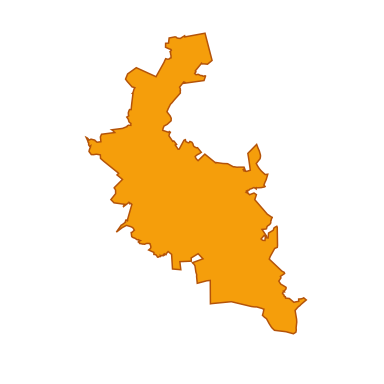 Comitán de Domínguez, Chiapas, Mexico, rotated 171°
{"feature_id": "50627088B76182298000457", "entity_name": "Comitán de Domínguez", "entity_type": "district", "adm_level": 2, "iso_a3": "MEX", "parent_name": "Mexico", "parent_adm1": "Chiapas", "projection": "mercator", "projection_center": [-92.173, 16.291], "detail": "fine", "context": "isolated", "style": "filled", "palette": "amber", "viewbox_px": 384, "rotation_deg": 171, "n_neighbors": 0, "source": "geoboundaries", "source_scale": "gbopen_adm2", "svg_char_len": 6018}
<svg xmlns="http://www.w3.org/2000/svg" viewBox="0 0 384 384"><g transform="rotate(171 192 192)"><path d="M288.0,262.5L287.0,259.0L286.8,257.3L286.4,256.9L286.7,254.7L286.0,253.2L285.7,253.2L284.8,253.6L285.3,252.2L285.5,252.1L285.7,251.6L286.9,249.5L287.4,248.1L285.6,244.7L283.4,244.3L280.5,244.3L276.7,243.0L277.1,239.5L274.3,236.1L261.9,222.4L261.6,221.8L263.4,220.6L258.7,215.3L268.2,208.4L268.2,208.1L267.4,206.6L267.2,205.8L267.7,202.3L273.3,197.2L270.7,193.5L260.2,190.3L262.0,188.7L261.9,188.3L256.8,191.1L255.7,191.1L255.7,191.5L255.2,191.2L255.2,190.0L254.0,190.1L253.3,189.2L258.3,178.5L260.3,174.1L260.1,173.8L260.2,173.7L260.7,174.6L261.2,174.3L261.9,174.5L262.0,174.0L262.5,173.3L262.4,172.6L266.4,170.5L267.0,170.4L273.0,164.2L266.5,167.7L262.0,169.3L258.0,167.4L256.9,166.7L255.8,165.6L254.9,163.3L255.3,163.1L257.4,161.6L258.4,161.5L258.5,158.6L258.5,157.4L258.1,156.9L257.1,156.0L256.5,155.8L255.5,155.2L253.9,153.6L253.3,153.3L252.2,153.3L251.8,152.7L250.7,152.1L252.6,151.5L252.5,151.1L252.7,150.9L251.9,150.3L251.9,149.6L251.6,149.2L250.9,149.1L249.0,148.3L247.9,148.1L246.9,147.8L245.4,148.3L244.5,148.2L243.8,148.2L243.2,148.0L242.3,147.9L241.7,147.6L241.4,147.1L241.6,146.8L241.4,146.4L241.2,144.7L241.4,143.4L242.1,142.6L243.9,141.5L239.1,138.3L239.4,136.3L238.2,136.0L237.4,135.5L236.8,134.5L236.3,133.2L236.1,133.0L235.6,132.9L235.0,133.2L234.2,133.3L233.4,133.2L233.3,133.8L233.2,133.6L232.7,133.7L232.8,134.0L232.5,134.1L232.3,134.0L230.3,133.7L230.3,133.9L230.0,134.2L230.0,134.7L229.9,134.8L229.7,134.7L229.2,135.0L229.2,134.4L228.8,134.4L229.1,134.0L228.5,134.2L228.3,133.7L228.3,133.8L228.4,134.3L227.9,134.5L227.9,134.8L227.6,134.8L227.3,134.4L226.5,135.6L224.9,136.9L221.9,133.6L223.3,119.0L215.2,117.0L214.9,125.1L203.5,123.8L203.1,127.0L195.6,130.1L191.6,124.3L202.6,122.1L202.1,121.3L201.2,120.2L200.6,118.4L200.7,112.4L200.3,109.6L200.7,107.7L201.1,101.0L191.3,102.0L187.8,101.8L191.3,78.7L190.0,78.7L170.3,77.5L151.2,69.6L148.5,68.8L146.1,68.4L141.0,66.0L140.2,65.4L139.3,65.0L140.6,61.5L141.7,59.2L139.9,56.8L139.0,56.0L138.2,55.1L136.4,50.0L134.8,46.3L134.2,45.2L132.2,42.5L121.0,39.3L114.0,36.1L111.3,37.3L110.6,39.4L110.4,41.6L108.9,47.1L108.6,50.0L108.7,59.0L108.2,59.3L106.6,60.7L104.7,62.2L103.5,62.7L101.8,64.0L96.0,67.5L98.2,70.0L99.0,69.7L100.8,69.4L103.4,69.6L103.7,67.3L106.6,67.3L108.6,67.1L112.5,71.6L115.5,72.4L115.8,72.6L116.1,72.5L116.4,73.0L116.1,73.7L116.2,74.0L117.4,74.9L117.2,75.5L117.4,76.0L117.7,76.7L118.5,77.4L118.3,78.2L117.3,79.0L117.2,79.7L116.3,79.0L116.3,79.8L114.3,81.6L114.0,83.1L115.2,84.2L118.8,87.2L120.2,90.4L117.6,93.2L117.9,94.8L113.3,97.0L113.5,98.2L115.6,99.8L126.2,113.6L124.9,116.0L119.2,123.3L116.4,124.0L115.9,125.8L113.3,143.9L113.6,144.9L115.6,144.2L116.6,143.7L117.8,141.5L122.8,139.5L124.0,134.7L126.8,135.4L127.5,132.7L129.5,133.1L129.9,133.3L131.1,134.8L127.6,137.8L126.3,136.3L125.9,136.1L125.4,136.2L125.3,136.5L125.3,136.8L128.7,144.1L125.1,143.9L124.2,144.0L123.4,146.0L122.5,146.8L121.8,147.0L120.3,147.8L119.5,148.6L119.1,149.1L118.9,149.9L118.6,151.5L118.2,151.7L117.7,153.1L117.6,153.4L116.8,154.0L116.7,154.4L117.6,154.9L117.8,155.2L121.1,158.3L131.2,174.6L128.8,179.3L130.9,181.3L135.6,180.3L136.3,181.3L138.1,182.9L136.9,182.9L136.8,183.3L137.4,183.7L138.3,183.4L138.2,184.5L136.8,184.9L135.3,185.0L134.3,185.8L132.7,186.0L130.3,186.7L130.0,186.7L128.2,185.1L128.2,185.4L128.0,185.9L128.2,186.2L127.7,186.3L127.5,186.0L123.0,185.5L121.1,185.6L120.7,185.6L119.7,185.7L119.0,185.9L118.9,186.0L119.9,187.5L118.6,189.9L116.8,192.6L114.4,197.7L117.0,197.8L119.1,200.4L120.4,202.1L121.9,204.6L123.1,207.3L124.1,210.1L119.6,214.2L118.9,216.0L118.6,217.7L119.1,222.0L120.0,225.4L120.7,228.9L130.8,221.4L130.8,214.9L131.0,204.4L134.8,203.8L135.7,204.0L135.6,204.4L135.9,204.9L136.7,204.6L136.9,205.0L137.2,204.9L137.1,205.5L137.2,205.9L137.4,206.0L137.9,205.9L138.0,206.0L137.4,206.4L136.3,206.4L136.7,208.4L142.2,209.3L143.6,209.4L146.3,210.3L147.2,210.4L152.4,214.4L156.9,215.3L164.1,217.5L163.7,217.0L164.1,217.0L173.4,227.4L181.1,222.0L182.2,223.4L183.0,225.0L183.3,226.6L182.2,227.3L180.7,228.1L179.7,228.4L179.3,228.5L176.6,229.7L179.6,234.9L180.6,234.9L182.6,236.3L183.0,236.7L183.4,237.9L183.6,239.5L184.3,241.1L186.0,242.2L186.4,242.2L186.5,241.8L187.1,241.2L187.9,241.2L188.6,241.6L190.2,242.7L190.3,243.2L190.3,244.5L190.4,244.8L190.7,244.8L191.0,244.1L191.9,244.3L197.9,236.4L199.0,236.4L201.2,241.0L199.8,241.4L201.8,245.0L202.1,245.3L203.1,245.0L206.0,251.1L205.1,253.2L204.6,254.0L204.2,254.0L204.0,254.4L205.0,255.3L205.8,254.6L211.3,257.5L210.6,259.4L209.3,261.5L205.9,262.7L201.5,265.6L201.0,268.1L201.7,270.6L204.2,275.2L202.4,278.1L199.6,282.0L197.8,283.3L195.6,285.3L188.0,291.6L187.9,293.7L187.6,293.8L187.4,295.8L187.9,297.5L182.9,302.0L181.9,301.4L182.3,301.1L181.8,300.8L182.1,300.6L162.7,300.2L160.5,304.4L160.8,304.7L162.9,304.6L164.0,305.5L165.3,305.7L167.4,307.2L168.3,307.3L169.5,307.2L169.8,307.3L170.8,308.7L169.3,310.1L169.8,311.1L162.4,317.7L162.0,316.9L160.2,316.7L156.7,315.8L151.6,318.8L154.3,346.8L174.8,346.3L174.7,346.9L174.8,347.5L179.6,345.5L182.5,346.3L183.6,347.6L184.6,347.9L190.5,347.7L191.9,342.7L194.8,343.0L195.5,339.1L192.0,336.8L190.6,336.2L190.2,335.3L191.8,333.9L191.3,333.4L191.6,331.7L191.4,330.3L191.7,327.8L192.6,327.7L193.9,326.9L194.6,326.9L195.5,327.0L197.1,327.8L198.8,325.4L198.9,325.0L209.5,311.5L227.6,323.5L237.1,318.7L240.0,313.9L238.6,311.2L234.7,305.1L233.5,304.7L232.1,303.9L233.1,302.8L234.7,299.4L235.5,298.7L234.9,298.5L237.9,288.0L239.2,282.9L240.8,283.2L241.7,281.9L242.5,280.3L242.7,278.9L242.6,277.1L244.7,276.2L243.5,273.6L243.4,272.0L243.2,271.1L242.6,270.2L241.8,269.5L241.6,269.1L242.0,267.9L242.0,267.4L244.4,267.9L245.5,267.4L245.9,267.1L245.9,266.8L250.6,265.7L261.5,266.0L260.8,265.4L259.0,262.8L272.3,263.2L273.9,260.7L274.1,255.9L277.9,256.0L278.4,256.4L279.0,257.2L279.6,257.7L279.6,258.0L280.0,258.5L283.5,260.0L284.7,259.6L285.6,259.4L286.5,261.1L287.3,262.0L288.0,262.5Z" fill="#f59e0b" stroke="#b45309" stroke-width="1.5"/></g></svg>